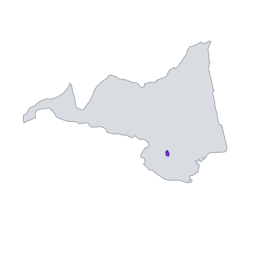 location of Mifi, Ouest, Cameroon, rotated 257°
{"feature_id": "32672807B3469332008383", "entity_name": "Mifi", "entity_type": "district", "adm_level": 2, "iso_a3": "CMR", "parent_name": "Cameroon", "parent_adm1": "Ouest", "projection": "orthographic", "projection_center": [10.435, 5.537], "detail": "fine", "context": "in_parent", "style": "filled", "palette": "violet", "viewbox_px": 256, "rotation_deg": 257, "n_neighbors": 0, "source": "geoboundaries", "source_scale": "gbopen_adm2", "svg_char_len": 4005}
<svg xmlns="http://www.w3.org/2000/svg" viewBox="0 0 256 256"><g transform="rotate(257 128 128)"><path d="M61.2,174.3L61.7,172.9L65.5,166.5L67.9,156.3L69.0,153.8L70.1,152.2L75.6,146.8L77.6,145.0L80.6,143.0L82.7,139.0L83.4,138.6L84.4,138.3L89.1,134.9L89.5,135.5L89.8,136.3L90.2,136.7L91.7,137.0L93.8,137.0L95.0,136.7L95.7,136.0L96.3,134.2L96.7,133.8L97.2,133.7L99.5,135.0L103.3,138.7L104.2,139.4L104.6,140.1L105.5,143.5L105.9,144.4L106.8,144.7L108.2,144.5L109.8,143.9L111.1,143.0L112.4,141.9L113.3,140.9L113.7,140.1L113.9,137.4L114.2,136.8L119.1,132.7L119.0,132.4L118.2,131.2L117.5,130.0L118.2,128.7L118.9,127.7L121.8,124.4L121.9,122.0L124.2,118.2L125.5,113.2L125.5,112.2L128.5,106.7L131.6,106.2L132.8,105.4L134.2,104.0L135.0,102.7L135.5,101.5L135.8,99.2L136.3,96.5L136.6,94.2L137.5,92.0L139.1,90.9L141.8,90.0L142.2,89.6L142.6,88.2L142.9,83.4L143.3,81.3L145.8,78.9L146.9,75.2L147.8,71.3L150.6,66.6L153.9,61.9L155.4,60.6L156.7,60.0L158.2,59.9L159.2,59.6L162.8,57.2L164.3,56.4L165.3,55.6L165.6,54.9L165.7,53.9L165.3,51.5L165.9,49.7L166.2,46.9L166.3,44.8L166.2,44.1L165.5,42.8L164.4,41.5L162.6,40.7L160.2,40.5L158.9,40.0L158.4,37.6L158.2,36.0L156.4,27.9L159.5,27.9L163.2,28.9L164.2,29.6L164.7,32.4L166.1,33.9L168.5,35.2L170.0,37.9L170.6,42.0L172.0,44.4L172.3,44.8L174.2,49.4L174.4,51.5L174.2,52.9L175.0,54.7L173.9,57.7L173.6,59.6L173.5,62.2L174.3,66.8L175.4,70.3L176.7,73.2L178.0,75.4L180.2,77.9L182.5,80.1L184.6,81.5L182.7,82.4L178.9,82.5L176.7,82.0L175.6,82.0L174.6,82.3L170.5,82.8L166.4,82.6L162.5,82.1L160.2,82.2L158.4,83.6L157.0,85.6L155.7,87.3L156.2,89.1L157.2,90.1L159.2,92.3L161.0,94.4L161.9,95.8L165.5,98.9L168.9,101.7L170.6,102.7L171.2,102.9L173.0,104.5L175.7,107.1L178.1,111.2L181.5,119.4L182.2,120.1L183.3,120.6L183.5,121.4L183.4,122.7L183.1,123.8L180.5,128.1L178.2,129.8L177.5,130.8L176.7,133.4L174.6,138.3L173.7,139.0L171.6,142.4L169.9,146.6L169.5,147.2L168.8,147.8L166.4,148.8L165.5,149.3L164.3,150.7L164.1,151.5L164.7,152.7L165.4,153.7L166.7,153.7L167.4,154.5L167.5,161.1L166.9,162.0L166.9,162.5L166.6,163.6L166.5,164.9L166.7,165.4L167.2,165.8L167.9,166.6L168.3,168.6L169.2,175.7L169.6,176.8L170.3,177.6L172.4,179.1L174.7,181.0L175.4,182.3L175.8,184.5L176.7,186.1L176.7,186.7L176.4,186.9L174.9,187.1L175.4,188.3L176.6,190.4L182.4,196.9L188.0,202.6L189.3,203.0L190.3,203.1L190.7,203.5L191.2,204.3L193.1,206.4L193.4,207.6L193.0,208.8L193.4,210.6L193.8,211.3L193.6,211.8L193.9,214.1L194.4,216.0L195.2,217.6L195.1,218.8L194.0,219.4L193.4,220.5L193.2,222.0L193.6,223.8L194.4,226.0L194.4,227.2L193.1,228.1L191.6,226.6L190.0,225.6L187.5,223.9L185.0,223.3L181.8,223.3L180.4,223.5L178.0,222.1L177.3,221.9L176.2,222.5L175.5,222.5L174.6,222.3L172.8,222.3L172.6,221.3L172.3,221.2L170.3,221.3L169.7,220.4L169.4,220.5L168.7,220.3L167.1,219.1L165.4,219.9L162.0,219.8L144.5,219.9L144.1,218.8L143.2,218.2L141.6,218.2L137.0,218.4L133.4,218.3L131.1,217.8L128.1,217.6L124.4,217.8L120.7,217.8L114.0,217.5L110.3,217.6L110.4,218.3L110.1,218.7L109.9,219.9L86.2,219.9L84.2,219.1L83.7,218.6L83.5,217.6L83.0,217.5L83.4,213.4L84.2,209.9L84.5,206.7L85.6,203.9L85.0,201.0L84.4,199.8L80.8,195.8L82.4,194.3L80.3,194.5L79.8,193.0L78.7,191.2L79.4,190.9L80.0,189.9L82.0,190.2L81.9,189.8L80.2,188.3L80.4,187.5L81.1,186.7L80.7,186.3L79.5,187.2L78.6,187.2L78.0,186.6L77.5,186.5L77.8,187.6L77.1,188.7L76.4,189.0L75.3,189.0L74.4,188.7L74.2,188.1L73.3,187.7L71.0,186.9L69.0,186.0L68.6,183.6L67.8,182.5L67.5,181.3L67.3,180.0L67.6,177.9L67.0,177.5L66.5,177.4L65.6,177.5L64.8,177.4L63.9,176.2L63.0,175.8L63.5,177.9L63.0,178.5L61.5,178.3L60.9,177.5L60.8,176.9L61.5,174.4L61.2,174.3Z" fill="#d9dde1" stroke="#a8b0b8" stroke-width="1"/><path d="M91.9,161.0L92.1,161.1L92.3,161.3L92.9,161.6L93.2,161.7L93.4,161.8L93.6,161.8L94.0,161.9L94.5,161.7L94.8,161.4L95.0,161.3L95.3,161.4L95.8,161.5L96.4,161.4L96.8,161.2L96.6,160.9L96.6,160.6L96.6,160.2L96.2,159.9L95.6,159.7L95.1,159.6L94.6,159.5L94.2,159.6L93.7,159.4L93.2,159.4L92.6,159.6L92.4,159.7L92.4,160.2L92.4,160.5L91.9,161.0Z" fill="#8b5cf6" stroke="#5b21b6" stroke-width="1.5"/></g></svg>